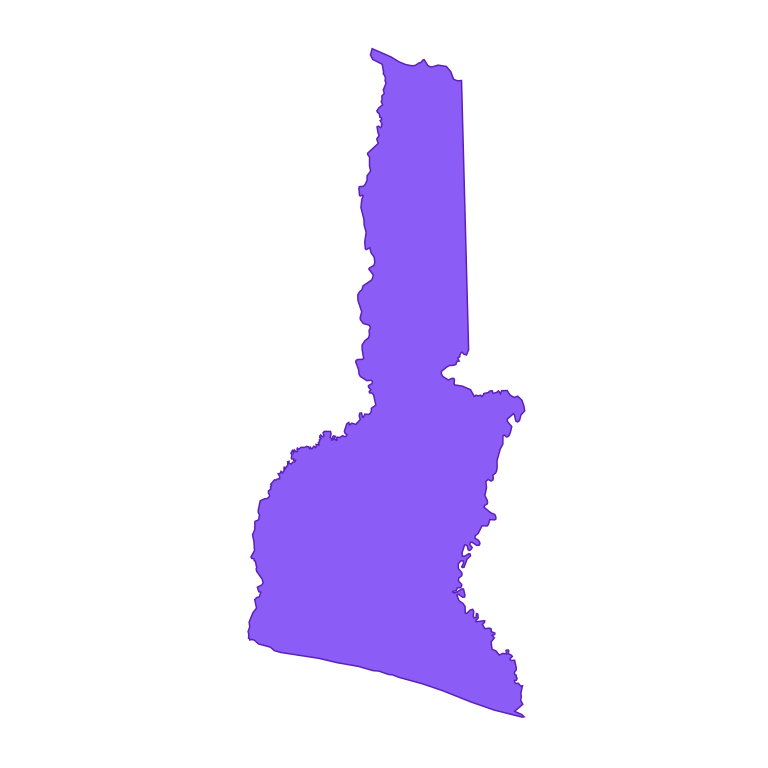 outline of Esparta, Atlántida, Honduras, rotated 179°
{"feature_id": "27666195B38540325718950", "entity_name": "Esparta", "entity_type": "district", "adm_level": 2, "iso_a3": "HND", "parent_name": "Honduras", "parent_adm1": "Atlántida", "projection": "natural_earth1", "projection_center": [-87.238, 15.629], "detail": "fine", "context": "isolated", "style": "filled", "palette": "violet", "viewbox_px": 768, "rotation_deg": 179, "n_neighbors": 0, "source": "geoboundaries", "source_scale": "gbopen_adm2", "svg_char_len": 6140}
<svg xmlns="http://www.w3.org/2000/svg" viewBox="0 0 768 768"><g transform="rotate(179 384 384)"><path d="M390.0,719.5L391.8,713.1L389.6,708.7L380.2,703.7L379.0,696.1L379.3,694.0L378.0,692.5L377.2,689.7L377.7,687.2L376.7,684.8L379.6,678.0L378.6,674.7L381.1,672.0L381.0,668.0L381.9,666.5L380.5,663.2L384.1,660.4L386.4,657.2L385.7,655.6L384.1,654.7L383.4,650.6L381.9,650.1L381.8,648.4L383.3,647.5L381.4,644.0L382.1,643.1L381.9,641.6L383.1,640.4L385.1,641.9L386.5,641.3L385.6,635.2L384.5,632.6L387.0,629.1L385.6,624.6L396.3,615.1L396.4,613.9L394.5,611.1L394.7,602.4L393.7,597.0L397.3,592.5L397.4,587.9L399.3,583.9L401.1,582.1L405.2,581.7L405.7,580.2L405.2,573.0L404.4,572.4L402.2,573.1L401.6,572.4L403.0,568.8L404.0,560.8L401.2,549.0L401.0,543.0L399.2,535.9L400.8,526.2L400.3,519.4L399.4,518.7L395.7,520.5L394.8,515.8L391.5,510.7L391.1,505.7L392.1,502.7L396.3,500.5L397.2,499.2L393.1,493.6L393.1,491.5L394.4,488.3L403.2,482.5L404.4,478.7L406.8,476.6L408.6,473.7L408.6,468.1L405.0,456.6L406.7,450.8L406.4,448.6L403.6,444.8L397.7,443.1L396.6,440.8L398.0,437.6L397.7,433.4L398.6,430.5L402.4,427.6L405.2,423.3L405.3,419.3L403.9,409.8L404.9,409.1L410.2,408.9L411.5,408.0L411.9,406.6L409.3,399.2L408.7,394.1L407.5,391.9L401.0,387.6L396.7,387.9L395.6,386.9L395.8,384.7L399.6,382.6L399.5,381.0L397.3,378.5L399.0,376.5L398.6,375.4L396.2,375.1L394.7,373.5L392.5,363.1L397.1,359.9L397.2,356.5L398.5,354.6L400.2,353.8L403.6,354.3L405.2,351.1L406.1,351.3L407.0,355.5L408.8,355.2L409.3,352.5L408.4,348.8L413.0,344.1L416.8,345.4L419.2,343.7L419.9,346.2L421.9,344.8L424.5,337.4L423.8,335.4L421.9,334.0L423.0,332.3L424.5,332.1L426.3,333.1L429.1,331.3L431.9,331.7L432.4,331.0L431.9,328.9L432.5,328.4L434.5,329.9L433.7,332.6L435.5,333.0L436.2,332.3L436.1,329.1L437.1,328.7L437.6,330.5L438.7,331.6L437.8,335.0L438.3,337.5L444.4,337.7L445.8,336.4L445.1,333.6L445.5,332.4L446.4,332.3L448.2,334.2L449.1,333.1L449.2,331.7L448.0,330.5L449.5,329.4L449.4,327.7L450.7,326.5L449.9,324.3L453.0,324.7L452.6,323.2L453.5,321.6L455.3,323.0L456.9,320.6L457.8,320.5L458.5,321.9L459.7,320.7L460.3,322.5L462.7,323.0L464.2,322.0L468.2,322.1L470.2,320.3L471.7,321.4L472.1,320.4L471.7,318.0L473.4,317.9L474.6,319.5L475.7,317.0L476.0,319.3L476.7,319.4L478.3,316.4L477.3,314.5L478.0,311.6L477.6,310.7L475.9,310.9L475.7,309.3L473.9,309.3L474.5,307.8L476.8,307.3L478.0,305.7L480.6,306.3L480.2,308.3L481.7,307.9L481.7,304.6L484.3,301.1L484.7,302.5L485.4,302.5L485.5,299.0L486.9,296.9L488.4,298.5L489.2,296.6L491.4,296.1L490.1,293.8L490.0,291.1L492.6,290.8L493.7,289.7L495.2,290.1L499.0,285.6L498.2,284.5L499.2,283.5L499.2,280.7L501.4,279.1L501.4,276.7L500.4,275.1L500.5,273.5L502.9,271.5L505.3,271.4L509.8,269.4L512.0,259.6L512.0,257.7L510.8,255.4L511.5,251.4L512.2,250.1L515.4,248.9L515.8,240.6L518.1,235.5L516.8,228.8L516.4,219.6L520.0,213.6L519.4,211.9L517.2,211.7L516.8,209.5L515.8,209.1L514.5,202.8L515.1,201.2L514.5,198.8L509.3,191.2L508.3,187.4L509.6,185.3L514.2,183.0L512.8,178.5L510.8,178.0L512.5,173.2L514.8,172.8L517.0,170.7L515.4,162.1L519.0,157.7L523.0,148.3L522.5,143.4L524.2,139.0L523.6,135.9L523.9,132.1L522.8,131.7L522.7,130.4L520.1,130.8L518.0,130.0L513.9,126.2L502.3,122.9L498.2,119.3L492.0,117.4L453.7,110.8L435.4,106.1L414.5,102.1L400.0,97.6L394.3,97.1L384.5,93.5L380.5,93.0L374.4,90.5L350.6,83.5L330.4,76.2L302.5,64.5L279.7,56.1L251.7,48.5L249.7,48.8L252.0,51.1L259.1,54.4L250.8,61.4L252.9,65.4L252.1,69.3L252.6,72.1L250.8,79.9L252.7,79.6L255.0,82.5L257.5,82.2L258.4,83.3L258.7,85.4L256.8,85.5L256.0,87.5L257.0,88.7L256.8,90.5L258.3,91.0L258.6,93.7L256.8,95.8L256.6,97.5L258.3,105.6L261.6,105.3L262.8,106.2L262.7,107.2L260.4,109.4L261.8,110.9L264.5,112.2L263.9,115.0L264.4,115.9L266.6,115.6L266.3,111.9L269.7,112.6L273.6,111.0L276.6,115.1L280.6,117.0L281.4,124.2L278.1,128.3L280.4,130.8L277.7,131.6L277.5,133.0L281.2,134.6L281.0,137.1L282.8,138.1L287.4,137.6L289.8,141.8L287.6,144.0L287.5,145.6L296.1,144.7L296.2,146.0L293.9,148.4L294.2,152.3L295.6,152.9L296.0,149.0L298.0,148.6L298.8,150.3L298.2,155.1L299.3,157.2L301.7,156.5L305.3,153.2L306.7,153.5L306.9,160.4L308.9,163.2L312.8,166.1L314.7,171.3L314.3,172.2L312.9,172.2L309.0,169.4L307.2,169.6L306.7,171.1L308.1,177.7L310.0,177.7L315.2,174.3L318.0,173.9L319.0,174.8L318.4,175.6L315.5,176.0L314.2,178.8L311.0,179.1L309.8,180.8L309.9,182.4L312.6,185.3L313.0,186.5L312.6,188.8L309.8,190.8L309.2,192.5L309.7,194.2L312.9,198.3L312.9,202.8L310.4,205.8L308.2,205.9L307.5,203.6L309.5,199.8L308.8,199.1L307.2,199.3L304.0,207.5L300.5,210.7L300.8,212.4L302.1,212.9L306.1,210.5L308.6,210.4L309.0,213.6L306.2,221.6L305.3,221.9L303.7,220.7L302.7,216.8L301.7,216.0L300.0,216.9L298.7,218.9L301.1,222.2L300.2,224.3L298.9,224.3L294.0,221.0L291.6,221.2L290.9,222.7L291.2,224.3L292.5,226.3L295.7,228.1L295.4,230.7L292.4,233.0L288.5,240.5L283.3,240.3L282.2,241.5L280.5,246.6L275.8,246.2L274.5,247.0L274.5,249.3L275.5,251.6L279.7,253.5L286.2,259.1L285.7,260.6L283.0,262.2L282.5,263.7L282.9,266.1L285.1,270.8L283.3,278.5L283.9,284.6L281.7,286.8L278.6,285.1L276.9,286.1L276.4,287.5L276.7,291.0L274.0,293.0L273.1,294.8L272.4,297.7L272.3,305.6L269.0,316.7L266.2,321.9L266.0,329.9L264.7,330.9L262.7,329.0L261.1,329.1L259.8,330.4L258.5,333.4L257.0,339.2L261.2,344.3L261.4,346.7L255.1,352.0L254.2,351.0L252.8,344.6L251.1,343.7L249.2,345.0L247.6,350.7L243.8,354.7L244.4,359.1L246.3,365.2L250.5,369.5L254.0,368.3L256.2,369.5L258.5,371.1L260.9,375.3L266.5,375.3L267.8,372.2L269.6,375.1L271.7,373.5L274.8,372.8L275.5,373.2L275.7,375.2L276.8,375.4L279.0,374.8L279.5,373.7L284.5,372.7L284.6,371.6L286.4,369.7L287.6,371.1L290.0,370.5L292.1,371.2L293.9,370.0L297.6,376.8L305.7,380.5L313.4,381.9L313.9,383.1L313.5,387.0L314.2,388.4L315.8,388.5L319.6,386.9L325.1,390.5L326.5,393.3L326.4,395.6L320.9,399.9L318.3,401.3L314.1,401.5L311.8,402.3L310.8,405.3L308.5,405.6L309.8,408.8L307.7,410.0L307.6,412.0L306.5,413.8L305.2,414.4L303.6,412.4L301.0,411.6L298.8,416.9L301.2,686.1L305.1,685.8L309.0,687.4L311.8,695.1L316.1,700.4L324.4,701.9L330.4,700.2L332.6,700.4L334.7,701.8L338.2,707.6L339.3,707.4L341.5,704.8L343.5,704.4L347.1,702.0L350.6,701.7L356.7,703.0L363.3,705.8L371.1,710.8L390.0,719.5Z" fill="#8b5cf6" stroke="#5b21b6" stroke-width="1.5"/></g></svg>